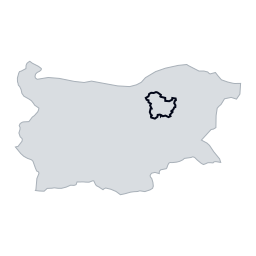 Targovishte highlighted on a map of Bulgaria
{"feature_id": "BGR-2257", "entity_name": "Targovishte", "entity_type": "Province", "adm_level": 1, "iso_a3": "BGR", "parent_name": "Bulgaria", "parent_adm1": "", "projection": "robinson", "projection_center": [26.357, 43.248], "detail": "coarse", "context": "in_parent", "style": "outline", "palette": "ink", "viewbox_px": 256, "rotation_deg": 0, "n_neighbors": 0, "source": "natural_earth", "source_scale": "10m", "svg_char_len": 2773}
<svg xmlns="http://www.w3.org/2000/svg" viewBox="0 0 256 256"><path d="M220.7,162.4L215.8,161.6L214.1,161.8L213.0,162.9L210.7,162.7L207.9,162.7L205.0,164.0L203.4,164.5L201.2,163.3L197.1,159.9L194.6,157.4L192.8,156.8L190.9,157.5L184.4,158.4L182.8,159.8L179.8,161.3L176.7,162.1L172.3,162.6L170.0,162.5L168.7,163.3L167.6,165.6L166.9,167.8L166.2,168.7L160.7,169.8L159.5,171.1L159.2,172.4L159.3,173.6L154.9,172.4L151.6,173.2L150.8,174.2L150.1,175.5L150.4,177.0L151.7,178.4L152.9,182.3L153.3,186.1L152.6,188.3L150.0,189.9L144.8,191.6L139.8,190.8L137.6,191.5L133.8,191.7L130.4,192.2L125.1,193.7L120.4,194.7L116.1,191.5L111.0,189.3L105.7,188.0L103.8,188.9L103.0,189.7L98.6,186.8L96.6,185.8L95.6,184.7L93.8,180.9L92.7,180.8L89.0,182.2L85.5,182.1L83.3,181.9L77.0,182.0L76.1,184.6L75.3,185.0L73.9,185.4L70.6,185.2L66.2,187.1L61.6,188.3L58.0,188.3L54.3,187.8L52.0,188.2L47.2,188.4L44.1,191.2L39.4,191.0L35.4,190.5L35.9,189.7L36.9,178.5L38.9,173.6L38.8,172.6L38.4,171.8L36.7,171.0L35.5,168.3L33.0,161.3L31.5,159.8L27.4,158.3L23.8,156.3L20.8,153.6L15.4,147.0L18.2,146.3L19.1,145.0L22.0,141.3L22.3,139.6L22.0,138.5L20.2,136.8L18.9,133.0L20.0,129.4L20.1,127.5L19.2,125.7L20.2,123.5L22.3,122.2L23.5,121.9L28.9,121.6L32.3,117.1L34.4,115.6L36.6,113.1L37.6,112.1L38.5,110.1L38.9,108.1L34.7,105.2L33.3,103.1L31.4,100.7L28.9,99.0L23.9,96.2L21.9,93.3L21.1,89.6L19.8,86.8L18.3,85.0L18.1,83.5L17.5,81.7L17.4,78.1L18.7,73.3L19.5,71.6L21.2,71.1L25.9,68.6L26.1,65.3L27.0,63.3L28.5,62.1L29.8,61.3L32.3,63.2L38.4,66.3L41.3,68.5L41.2,69.8L39.7,71.2L37.1,72.5L35.5,74.2L35.0,76.4L35.4,78.0L37.2,79.3L48.2,77.5L59.3,78.4L74.2,81.4L84.1,82.5L91.5,81.1L105.0,83.6L117.6,85.9L129.7,86.6L136.5,84.8L141.3,82.3L145.4,77.7L155.6,71.6L165.4,68.2L178.2,65.4L186.8,64.5L188.0,65.4L198.9,71.0L203.8,71.0L207.7,72.0L209.2,73.5L210.2,73.9L215.4,72.5L217.7,75.5L221.4,79.8L227.6,82.0L233.1,83.3L234.8,83.5L240.6,83.4L239.9,94.1L236.5,99.1L231.2,97.4L224.5,98.8L221.0,104.5L219.0,106.2L217.2,108.2L216.1,115.5L215.9,127.6L213.4,129.1L211.1,129.5L201.4,140.1L207.0,143.1L209.5,145.4L213.7,151.7L219.6,158.9L220.7,162.4Z" fill="#d9dde1" stroke="#a8b0b8" stroke-width="1"/><path d="M160.9,116.0L160.8,115.0L159.9,114.6L157.7,114.9L157.4,116.8L154.9,118.6L151.2,117.5L151.0,116.4L151.8,115.3L150.9,114.7L149.8,112.1L150.6,108.6L151.6,108.5L150.1,105.5L150.9,103.7L148.5,102.3L148.5,100.3L146.7,99.8L145.8,97.9L148.5,96.3L149.2,93.9L151.2,92.8L153.7,93.0L156.0,92.1L157.5,92.5L160.9,94.9L160.3,96.5L160.7,96.8L165.2,97.9L165.3,100.9L169.3,101.2L172.1,99.7L172.3,98.0L175.6,98.5L175.9,100.1L174.7,101.1L174.2,103.2L175.4,105.2L175.3,107.1L174.2,107.5L173.3,109.5L171.4,111.1L172.5,112.0L169.9,114.8L170.5,116.2L168.5,117.1L165.5,115.6L162.8,116.2L161.5,115.3L160.9,116.0Z" fill="none" stroke="#020617" stroke-width="2"/></svg>